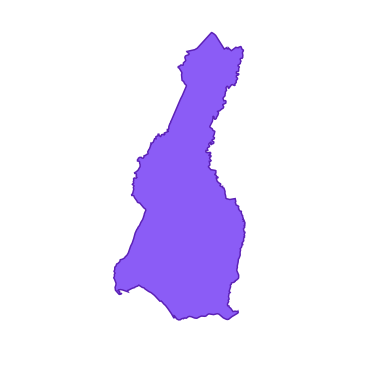 El Retén, Magdalena, Colombia (Albers equal-area conic projection), rotated 240°
{"feature_id": "7082276B19803419989566", "entity_name": "El Retén", "entity_type": "district", "adm_level": 2, "iso_a3": "COL", "parent_name": "Colombia", "parent_adm1": "Magdalena", "projection": "albers", "projection_center": [-74.323, 10.652], "detail": "fine", "context": "isolated", "style": "filled", "palette": "violet", "viewbox_px": 384, "rotation_deg": 240, "n_neighbors": 0, "source": "geoboundaries", "source_scale": "gbopen_adm2", "svg_char_len": 6061}
<svg xmlns="http://www.w3.org/2000/svg" viewBox="0 0 384 384"><g transform="rotate(240 192 192)"><path d="M252.6,179.1L250.6,176.6L250.3,175.8L248.9,173.7L247.4,173.3L247.0,172.8L247.3,171.3L246.9,170.0L247.4,168.7L246.0,167.5L245.7,166.7L246.2,165.8L247.5,165.3L248.2,163.8L248.0,162.4L247.6,162.0L247.1,160.8L246.1,160.3L245.1,161.5L244.5,161.7L243.0,161.0L241.7,160.8L239.9,159.7L237.9,156.2L237.4,153.8L237.4,151.9L236.7,151.7L235.8,152.6L235.2,152.7L234.4,152.4L233.8,151.6L232.1,151.5L231.9,150.6L233.0,149.0L232.8,148.1L231.0,147.2L230.4,146.4L228.9,146.0L228.5,144.2L226.3,144.8L225.2,143.4L223.6,143.0L220.4,139.9L219.8,138.3L219.1,138.1L218.4,139.3L217.7,139.7L216.0,139.4L211.9,139.8L210.5,139.7L209.8,140.0L208.5,141.3L202.5,142.3L200.4,143.2L199.2,142.8L197.1,140.0L195.4,138.5L195.2,138.0L194.6,137.6L192.8,135.4L191.3,132.6L189.3,129.9L188.3,127.4L187.5,126.8L187.3,125.7L184.8,122.2L180.7,118.1L177.7,114.7L175.8,111.8L171.1,106.4L169.8,104.1L169.2,101.6L168.6,100.6L168.6,98.1L169.2,96.0L167.8,94.6L167.2,92.3L167.3,90.7L165.9,89.1L165.5,87.6L163.2,86.1L162.3,84.8L160.2,84.8L159.6,83.6L157.8,82.7L156.8,81.3L155.2,81.3L151.0,80.6L149.5,79.6L147.9,77.7L145.2,76.6L139.9,77.7L139.4,78.3L139.1,79.7L139.3,80.7L139.7,79.0L140.1,79.2L140.7,78.7L141.1,79.2L142.0,79.5L142.9,79.0L143.4,79.2L143.8,78.9L144.0,79.5L143.3,81.2L142.1,82.7L137.5,86.7L138.5,86.7L138.9,87.3L138.7,87.9L138.3,87.6L138.7,88.1L138.7,89.1L138.5,92.2L137.9,94.6L138.2,95.3L137.7,97.9L137.9,99.4L134.3,101.2L133.0,102.5L131.6,102.8L127.6,104.7L125.2,106.3L121.3,107.8L113.5,109.6L112.9,110.9L108.7,111.7L107.1,112.3L103.4,112.8L97.3,113.3L92.2,113.3L92.0,113.9L93.4,113.8L94.0,114.6L93.4,114.9L89.8,115.3L88.0,116.4L87.2,118.0L87.4,119.7L86.9,121.3L86.5,121.4L86.7,122.3L85.5,124.2L85.8,125.8L85.7,127.3L84.4,129.0L81.7,131.1L80.6,132.5L80.2,133.4L80.1,136.6L79.8,138.2L77.9,141.0L77.6,142.2L78.1,144.4L78.0,145.7L75.0,149.4L74.0,153.0L72.7,154.3L67.3,156.2L64.6,158.1L63.8,159.1L63.5,160.1L64.1,164.3L64.2,171.1L64.8,172.0L65.8,172.2L65.6,171.8L67.3,169.7L68.0,167.7L71.9,167.4L73.6,166.7L74.9,167.0L75.7,166.0L76.9,166.5L77.7,167.2L78.7,168.9L80.2,169.3L80.7,170.6L83.1,171.3L85.7,173.4L85.8,174.8L87.5,174.6L90.6,178.0L92.3,178.7L92.4,179.8L93.5,180.7L92.8,183.3L93.1,184.0L93.0,184.7L93.5,185.1L93.5,186.7L94.0,189.0L94.7,189.7L96.8,190.9L101.6,191.5L103.1,192.6L103.7,193.4L105.4,194.3L108.1,196.8L110.6,198.6L111.3,199.9L113.2,202.1L115.9,203.6L117.5,205.1L118.7,205.3L119.4,207.2L121.2,209.0L121.1,209.5L121.9,209.3L122.3,210.0L122.8,209.9L123.9,212.4L124.3,212.4L126.3,213.8L126.7,214.9L127.3,214.8L127.7,215.6L129.1,216.0L130.4,217.6L131.0,217.7L131.4,217.2L134.3,218.1L135.2,220.0L136.1,220.4L136.6,220.9L136.8,220.5L137.7,221.6L138.3,221.8L138.6,222.4L140.5,222.7L141.0,222.0L141.5,222.9L142.7,222.9L142.9,222.5L143.4,223.1L145.3,223.5L146.1,224.0L147.1,223.8L148.3,224.1L149.0,224.0L150.4,225.0L150.8,224.9L150.8,224.5L151.7,224.1L153.9,223.8L154.2,224.2L155.1,224.3L156.2,225.2L157.4,224.7L158.5,223.8L159.1,223.8L161.4,224.4L161.9,225.2L164.7,226.1L166.6,221.0L168.8,218.7L169.8,218.3L171.8,219.2L174.4,219.9L176.0,220.9L179.4,221.6L180.6,220.7L181.6,221.3L182.2,220.0L183.1,219.5L183.7,219.5L184.1,220.5L184.8,220.8L186.9,219.6L189.1,219.2L191.9,220.0L191.3,221.3L191.6,221.8L192.0,221.8L193.1,221.1L194.7,221.2L195.3,220.6L195.9,220.6L196.5,222.2L198.5,223.3L199.1,222.9L201.9,219.5L205.4,218.8L206.0,219.1L206.2,220.6L206.6,221.1L209.9,222.3L209.3,223.4L209.6,224.2L212.3,224.0L213.0,224.7L213.2,226.1L213.8,226.5L214.4,226.4L214.8,225.2L215.4,225.1L216.0,226.3L215.9,227.1L216.4,227.7L217.3,227.5L218.2,225.3L218.9,224.4L219.5,224.1L220.4,224.3L221.0,224.9L220.2,226.1L220.2,226.6L221.8,226.9L222.3,227.3L222.6,228.0L222.5,229.7L223.0,230.2L224.9,230.3L225.5,231.1L225.9,232.7L225.7,233.3L225.2,233.2L224.2,232.2L223.8,232.2L223.4,232.6L223.6,234.1L223.3,234.7L223.6,235.4L224.6,235.9L225.9,235.2L226.9,235.2L227.2,235.9L226.9,237.6L227.1,238.0L227.9,238.6L229.1,238.0L229.6,238.3L231.0,240.2L233.0,242.0L233.4,242.0L234.7,241.0L236.7,241.1L239.0,240.0L239.9,240.2L242.9,244.9L245.6,247.2L246.8,247.8L246.9,248.2L246.1,248.6L244.7,248.0L243.8,248.0L243.4,248.5L243.5,249.7L244.6,250.9L245.6,252.8L246.9,254.3L247.7,254.6L249.0,254.5L248.5,256.5L249.0,259.1L249.0,260.8L249.8,262.0L251.9,262.1L252.3,262.4L252.1,265.7L253.3,266.6L254.0,266.8L254.6,266.4L255.1,265.2L257.5,265.6L258.1,266.4L258.8,268.7L259.9,269.3L260.6,270.1L262.1,271.0L262.7,272.7L265.2,273.5L265.6,274.0L266.0,275.1L265.8,275.6L265.2,275.8L263.9,275.4L263.4,275.7L265.1,279.8L264.7,280.8L263.1,281.9L263.0,282.6L264.2,283.3L264.7,285.0L266.3,285.9L267.2,288.0L267.9,288.3L269.4,287.9L270.5,288.6L270.2,290.7L270.7,291.5L271.3,291.3L272.1,289.9L272.8,289.8L273.7,290.4L273.8,291.0L273.3,292.3L273.5,292.9L275.9,294.4L276.5,295.4L277.1,295.5L278.0,294.9L278.8,295.3L279.1,298.0L280.3,299.0L280.8,299.8L282.7,300.0L283.3,300.6L283.2,301.5L282.7,302.2L283.1,303.1L285.0,304.4L287.2,305.2L287.9,305.8L288.5,307.0L289.2,307.4L290.8,306.7L293.1,307.1L293.6,306.9L294.0,305.1L293.7,304.6L294.6,303.0L295.4,302.4L294.8,297.7L294.8,296.7L298.8,295.5L298.0,294.6L299.3,293.6L299.7,293.9L299.7,291.4L315.8,290.8L318.1,290.0L320.3,288.8L320.5,289.1L313.9,268.4L313.9,265.5L316.3,257.8L315.3,257.8L313.7,258.6L313.0,258.5L312.6,257.7L313.1,255.0L312.9,253.9L311.9,253.0L309.2,252.4L308.8,251.9L308.1,249.1L306.4,247.9L306.5,247.2L307.3,246.3L307.6,245.5L307.2,244.5L307.5,242.9L307.1,242.4L306.5,242.3L305.7,242.8L300.7,243.0L299.6,242.4L298.9,241.6L293.6,239.2L291.9,240.0L289.5,239.8L287.3,240.4L286.7,240.2L286.1,239.5L280.2,231.6L278.5,228.9L264.2,209.8L263.7,208.8L262.9,208.3L262.4,207.2L260.3,204.7L258.4,203.5L258.1,202.9L258.5,201.9L257.6,201.4L256.9,201.9L256.3,201.7L256.9,197.6L256.6,197.2L255.7,197.3L255.4,196.5L256.5,195.4L256.8,194.4L255.7,192.6L256.0,192.3L257.4,191.9L258.7,192.2L259.0,191.5L257.7,190.5L258.0,188.7L257.8,188.2L256.1,187.5L256.9,186.3L254.5,183.3L254.4,182.0L254.9,180.8L253.5,180.4L253.4,179.5L252.6,179.1Z" fill="#8b5cf6" stroke="#5b21b6" stroke-width="1.5"/></g></svg>